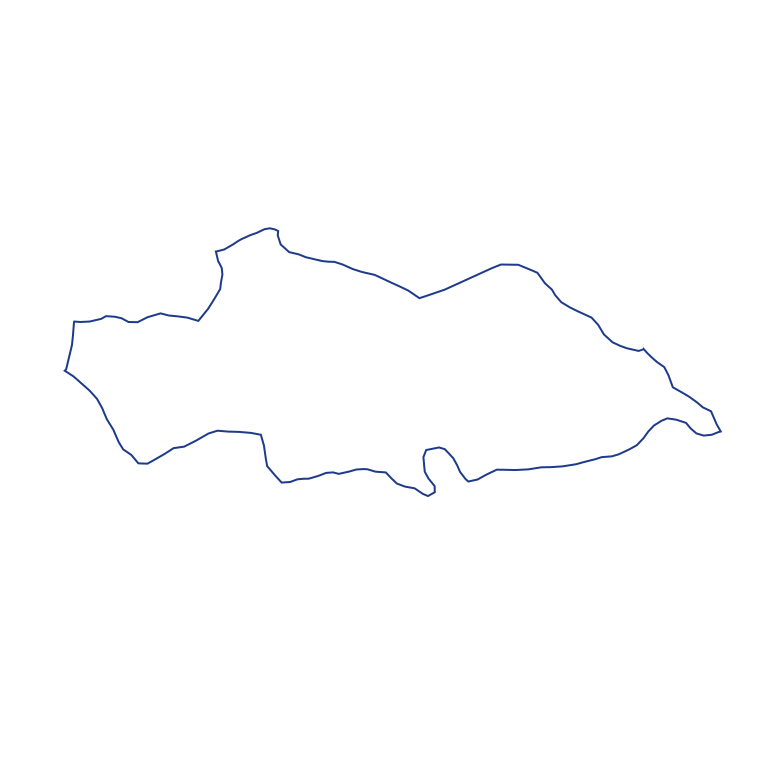 the district of Hajigabul District, Hajigabul, Azerbaijan, rotated 331°
{"feature_id": "54616110B48173541517146", "entity_name": "Hajigabul District", "entity_type": "district", "adm_level": 2, "iso_a3": "AZE", "parent_name": "Azerbaijan", "parent_adm1": "Hajigabul", "projection": "equal_earth", "projection_center": [48.908, 40.107], "detail": "fine", "context": "isolated", "style": "outline", "palette": "blue", "viewbox_px": 768, "rotation_deg": 331, "n_neighbors": 0, "source": "geoboundaries", "source_scale": "gbopen_adm2", "svg_char_len": 2446}
<svg xmlns="http://www.w3.org/2000/svg" viewBox="0 0 768 768"><g transform="rotate(331 384 384)"><path d="M365.6,198.9L363.6,196.0L359.7,192.5L354.6,190.7L345.7,190.1L339.3,189.0L329.8,188.2L326.0,188.2L320.1,188.7L309.6,188.9L301.8,186.9L301.2,186.6L298.5,196.2L298.5,199.9L298.3,204.0L295.7,210.0L290.5,216.3L286.8,221.5L281.4,224.7L273.7,229.1L266.3,233.1L261.8,234.9L252.2,238.8L244.2,230.6L235.9,224.5L228.9,219.7L222.8,213.9L209.3,210.9L198.5,210.5L190.6,205.9L186.3,199.2L181.2,194.7L173.8,189.9L168.2,189.9L156.9,186.7L148.4,182.5L143.4,179.2L143.0,179.4L135.8,190.3L130.1,198.5L113.1,217.1L111.2,217.6L116.2,227.0L123.3,247.1L125.8,257.9L125.8,268.5L124.5,280.2L125.1,292.7L123.8,306.3L124.2,314.8L128.6,323.5L130.7,334.3L134.3,336.5L138.5,339.0L144.8,339.0L145.7,339.0L158.1,338.8L168.9,338.1L178.8,341.9L192.1,342.4L206.4,342.2L215.7,344.1L224.5,350.0L233.8,355.5L243.7,362.1L251.7,368.7L249.1,379.8L244.7,391.3L242.0,399.1L244.5,411.5L246.7,420.6L254.4,424.2L262.1,425.4L268.0,428.0L272.2,430.3L281.8,432.5L290.3,433.7L296.6,436.6L300.9,440.7L311.5,443.8L318.4,445.4L325.1,448.6L328.2,450.6L334.0,456.5L342.7,462.2L344.8,470.3L347.0,477.3L352.4,483.7L360.2,490.1L364.7,498.9L368.1,503.3L375.3,503.3L375.9,503.3L378.8,497.8L377.1,488.4L377.1,480.5L383.0,467.1L388.9,462.2L401.4,466.2L405.6,470.5L408.6,482.4L408.6,490.3L407.9,498.0L408.4,500.9L409.2,506.5L410.4,510.0L410.5,510.2L419.6,512.9L429.7,512.9L441.1,513.6L448.1,517.6L456.9,522.8L469.0,528.7L481.4,533.2L489.0,537.3L500.2,542.6L513.1,547.3L521.1,549.2L532.3,552.2L538.9,553.5L548.4,557.8L555.3,559.3L567.0,560.1L575.4,560.1L584.7,557.2L592.1,553.7L599.9,551.2L608.7,550.7L615.1,551.4L622.1,556.7L629.3,564.4L630.7,571.7L633.3,578.7L638.6,584.1L646.0,587.3L653.2,588.2L655.5,588.8L655.4,580.7L656.8,566.4L651.6,559.1L648.9,552.0L644.8,543.2L640.6,536.0L635.0,526.9L637.0,514.5L637.2,509.4L637.3,505.1L633.4,497.1L631.0,490.4L629.3,484.8L628.1,479.4L628.0,479.5L622.7,478.5L613.7,470.4L609.1,465.2L604.1,458.3L600.4,447.4L600.0,436.1L597.7,426.5L589.0,414.7L583.7,407.1L578.7,398.4L576.8,389.4L576.6,382.7L573.6,373.9L572.1,361.1L568.4,356.3L559.2,344.8L544.2,336.2L534.7,335.0L482.8,330.9L464.9,327.7L456.6,326.1L450.5,314.0L444.8,306.0L439.2,298.5L433.6,290.7L428.7,284.0L419.1,275.4L412.4,268.3L405.8,259.5L399.7,253.0L395.0,250.3L389.4,246.4L377.2,235.3L372.1,229.1L365.0,222.7L361.3,211.9L363.1,202.5L365.6,198.9Z" fill="none" stroke="#1e3a8a" stroke-width="2"/></g></svg>